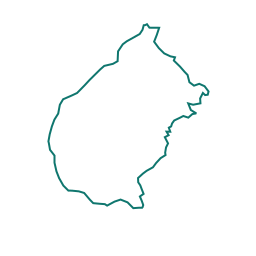 Theletra, Paphos, Cyprus, rotated 53°
{"feature_id": "46923920B20325218232467", "entity_name": "Theletra", "entity_type": "district", "adm_level": 2, "iso_a3": "CYP", "parent_name": "Cyprus", "parent_adm1": "Paphos", "projection": "robinson", "projection_center": [32.457, 34.915], "detail": "fine", "context": "isolated", "style": "outline", "palette": "teal", "viewbox_px": 256, "rotation_deg": 53, "n_neighbors": 0, "source": "geoboundaries", "source_scale": "gbopen_adm2", "svg_char_len": 1319}
<svg xmlns="http://www.w3.org/2000/svg" viewBox="0 0 256 256"><g transform="rotate(53 128 128)"><path d="M55.4,53.6L58.3,57.3L60.0,62.1L58.0,76.8L58.0,81.8L60.8,89.8L68.4,96.1L67.7,101.4L64.1,109.6L64.5,114.9L66.5,129.7L67.8,136.9L69.4,147.6L68.1,153.8L66.0,162.5L68.4,168.4L74.5,175.1L77.0,181.7L80.9,187.8L85.9,194.3L90.8,199.6L92.4,200.3L98.5,203.4L105.8,203.3L111.5,207.6L119.5,211.2L126.6,213.2L135.1,214.3L142.1,213.3L144.2,210.6L149.0,205.4L153.5,202.1L162.3,201.6L167.1,201.0L171.3,196.4L174.9,192.3L177.4,191.4L178.7,183.0L180.7,177.0L187.1,173.1L195.2,172.0L198.1,167.5L200.6,164.2L200.3,164.4L198.7,162.2L194.6,160.9L189.8,159.7L190.0,155.2L184.9,153.8L181.2,152.7L177.5,152.5L174.0,150.1L173.4,143.6L173.4,138.9L174.4,131.7L172.9,126.7L171.7,120.1L172.2,114.3L170.1,113.2L166.4,109.3L164.4,105.3L157.5,104.1L158.2,99.9L154.1,99.4L156.4,96.5L152.3,95.2L152.7,92.6L150.9,90.1L149.8,86.6L151.1,80.2L151.7,76.6L156.0,73.6L155.6,68.2L157.1,65.3L156.8,64.9L151.5,67.0L144.6,65.1L148.6,62.0L151.9,55.3L147.8,52.6L145.1,47.1L148.1,46.6L149.4,44.3L147.3,41.7L140.7,41.7L135.6,44.5L133.9,49.8L128.4,51.4L121.5,48.5L117.3,49.0L110.3,49.5L101.7,50.8L99.8,47.9L96.3,51.0L90.2,54.2L82.7,55.3L74.8,55.2L71.0,49.0L66.7,42.8L60.8,50.5L56.5,50.4L56.2,52.3L55.4,53.6Z" fill="none" stroke="#0f766e" stroke-width="2"/></g></svg>